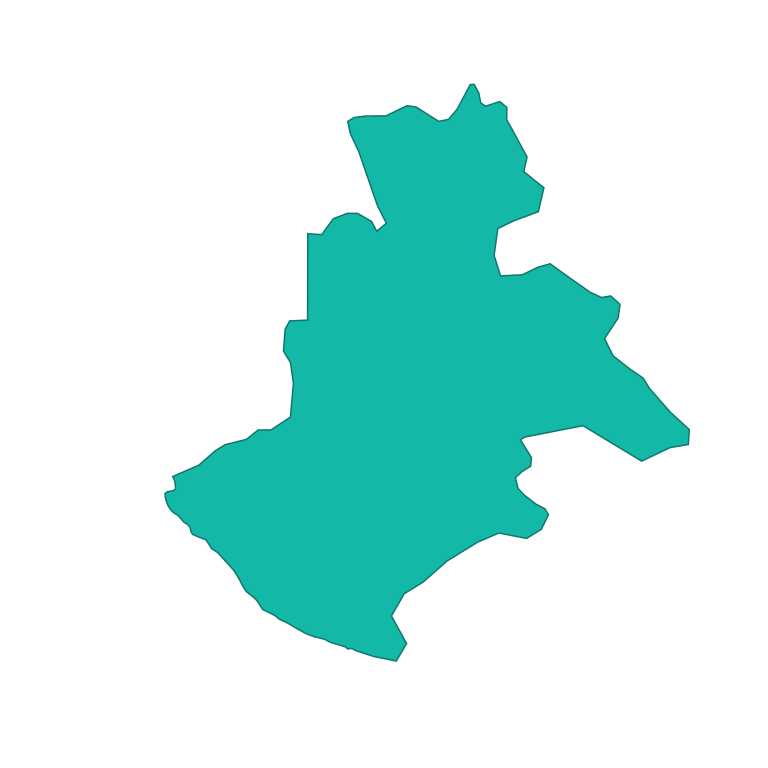 outline of Ashotck, Shirak, Armenia, rotated 239°
{"feature_id": "60910142B98971197356492", "entity_name": "Ashotck", "entity_type": "district", "adm_level": 2, "iso_a3": "ARM", "parent_name": "Armenia", "parent_adm1": "Shirak", "projection": "equal_earth", "projection_center": [43.919, 41.033], "detail": "fine", "context": "isolated", "style": "filled", "palette": "teal", "viewbox_px": 768, "rotation_deg": 239, "n_neighbors": 0, "source": "geoboundaries", "source_scale": "gbopen_adm2", "svg_char_len": 2007}
<svg xmlns="http://www.w3.org/2000/svg" viewBox="0 0 768 768"><g transform="rotate(239 384 384)"><path d="M627.7,488.1L615.9,484.1L599.9,482.4L595.9,482.0L540.6,470.3L520.6,468.8L518.7,456.5L529.9,457.0L543.9,449.2L549.1,440.5L551.8,425.8L548.7,418.3L546.1,412.2L544.1,407.5L552.1,396.1L478.1,351.4L486.7,335.6L481.9,327.5L464.0,314.8L450.7,314.9L431.2,306.7L403.8,286.7L402.9,263.3L409.4,252.5L407.4,237.5L413.8,216.5L413.7,205.1L409.8,183.6L413.5,155.2L408.4,154.6L403.8,152.6L401.1,151.0L401.3,147.7L403.3,142.8L402.9,139.9L399.8,138.3L395.4,137.0L391.0,136.2L386.8,136.3L382.4,137.2L377.5,139.7L372.8,140.6L368.4,141.4L365.1,143.1L361.5,144.0L356.2,142.4L353.7,142.5L351.3,144.1L346.1,148.0L342.2,151.1L336.7,151.4L331.5,151.5L325.2,154.6L319.9,155.7L310.8,157.5L301.4,159.3L290.9,159.4L284.0,158.9L277.1,159.0L274.4,160.1L268.3,162.4L263.4,163.6L258.1,163.7L253.1,164.0L247.9,167.3L241.6,171.3L236.1,173.2L229.6,177.7L218.3,183.9L210.4,188.4L202.7,194.5L198.6,198.9L195.6,201.7L190.4,204.8L185.5,209.2L178.7,215.4L175.6,216.5L173.8,220.4L170.2,222.3L161.5,229.8L155.2,235.4L145.7,245.9L144.9,246.7L142.5,249.3L140.2,251.8L149.9,269.7L181.3,270.9L186.0,279.3L193.8,293.3L194.1,315.7L199.8,346.8L200.2,383.1L198.9,392.4L197.1,405.7L178.2,426.7L178.4,444.0L187.3,457.7L194.3,457.6L202.9,452.3L216.8,446.9L225.5,445.1L236.0,448.4L237.8,457.0L238.0,467.4L245.0,472.5L265.9,472.2L266.0,477.4L245.8,533.1L185.2,565.1L182.2,596.3L175.4,613.7L187.7,622.2L212.0,615.0L243.3,609.3L255.5,609.2L271.1,602.1L290.1,594.9L309.3,596.4L320.0,618.7L330.6,627.3L342.7,623.7L346.1,615.0L356.5,607.9L380.7,597.2L401.5,588.3L404.8,576.1L406.4,558.8L416.6,539.6L437.5,544.6L458.6,561.6L457.1,579.0L452.2,605.0L469.8,622.1L494.1,613.2L505.0,623.6L547.7,625.4L557.7,631.8L566.5,628.7L569.8,614.1L575.1,611.7L584.5,615.1L594.5,615.6L596.2,612.1L581.9,588.3L577.6,575.5L581.0,566.1L604.9,554.2L610.7,547.1L612.8,523.8L623.2,506.2L626.5,498.6L627.8,495.6L627.7,488.1Z" fill="#14b8a6" stroke="#0f766e" stroke-width="1.5"/></g></svg>